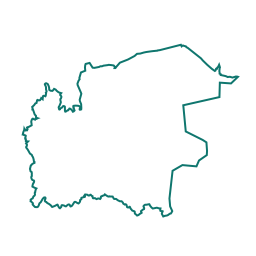 the district of Leilek, Batken, Kyrgyzstan, rotated 6°
{"feature_id": "92254566B28866404519709", "entity_name": "Leilek", "entity_type": "district", "adm_level": 2, "iso_a3": "KGZ", "parent_name": "Kyrgyzstan", "parent_adm1": "Batken", "projection": "robinson", "projection_center": [69.614, 39.878], "detail": "fine", "context": "isolated", "style": "outline", "palette": "teal", "viewbox_px": 256, "rotation_deg": 6, "n_neighbors": 0, "source": "geoboundaries", "source_scale": "gbopen_adm2", "svg_char_len": 5710}
<svg xmlns="http://www.w3.org/2000/svg" viewBox="0 0 256 256"><g transform="rotate(6 128 128)"><path d="M203.6,132.1L185.8,125.4L180.6,99.6L215.7,87.7L214.6,73.3L225.8,72.9L232.0,65.6L231.6,65.5L230.0,65.5L226.6,66.9L224.0,66.4L221.7,66.9L220.6,66.4L219.1,66.1L214.7,65.6L214.7,64.9L213.4,64.4L213.3,63.2L212.9,61.9L212.9,58.8L213.1,58.1L212.0,55.6L211.3,57.7L210.4,58.7L210.4,59.7L209.4,59.9L209.0,61.7L208.4,62.2L205.2,60.4L200.1,56.8L195.3,53.0L193.3,51.1L179.4,42.3L178.5,41.8L177.7,41.6L177.1,40.8L174.7,40.4L174.3,40.2L173.7,40.3L172.8,41.2L171.9,39.7L151.6,47.2L149.3,47.8L149.2,48.0L143.9,49.1L138.3,50.5L135.8,51.3L132.4,52.7L129.2,53.3L127.0,55.7L120.8,59.9L113.1,63.9L110.1,68.2L109.7,68.4L109.7,68.9L109.2,69.7L108.4,69.8L108.6,69.1L108.5,68.8L107.6,67.6L107.2,67.3L105.1,67.2L102.2,67.2L101.5,67.5L97.0,68.6L96.2,69.1L95.4,69.4L94.6,69.4L93.9,69.6L92.9,70.3L88.3,71.7L86.5,71.7L83.0,67.3L79.2,68.7L78.9,70.0L78.9,72.4L79.5,75.5L75.4,77.7L74.4,83.4L74.8,84.5L73.9,86.1L73.1,89.1L73.4,90.5L77.3,97.4L78.0,98.8L77.0,105.0L77.4,106.4L78.9,109.2L79.5,113.0L79.5,114.4L78.6,114.8L78.1,114.8L77.9,114.4L77.9,114.1L78.6,113.0L77.7,111.8L77.1,111.3L76.3,111.1L73.7,111.2L71.7,111.6L71.3,111.9L71.4,112.9L71.7,113.1L72.0,113.7L71.8,114.1L72.2,114.5L73.0,116.2L72.3,117.1L71.5,117.6L71.1,117.2L70.9,116.5L69.4,115.4L68.3,114.8L67.7,114.8L66.7,116.6L66.2,116.6L64.8,117.9L64.1,118.3L63.9,118.3L63.5,117.6L63.0,113.5L62.6,113.1L61.8,112.9L61.1,113.1L60.2,114.6L59.2,115.2L58.4,116.1L58.4,116.5L57.9,116.8L57.6,116.7L56.9,114.9L57.0,114.1L57.4,113.5L58.4,110.1L58.5,109.3L57.9,107.7L57.7,106.3L58.2,105.6L58.5,104.3L58.5,103.9L58.3,103.5L57.8,102.8L57.4,102.6L57.1,102.2L57.1,101.5L57.9,100.3L55.8,99.9L55.0,99.6L53.1,98.4L52.1,97.4L50.4,96.8L49.4,98.5L48.9,99.0L47.1,99.0L45.8,98.4L45.5,97.4L45.4,96.3L44.8,94.7L43.6,92.7L42.2,92.1L41.5,92.2L41.0,92.6L40.7,93.1L40.8,93.5L41.8,95.1L42.2,96.1L42.5,98.4L43.2,99.9L43.1,100.6L42.6,101.4L42.9,101.9L42.8,104.5L42.5,105.1L41.1,104.7L40.5,104.9L40.1,105.3L40.1,108.3L38.6,107.3L38.4,108.0L37.6,109.5L36.4,109.9L35.2,109.5L34.7,109.9L34.4,112.7L33.3,113.2L32.3,115.0L30.5,117.1L31.0,118.1L31.0,119.6L31.6,119.6L33.8,124.3L35.2,125.5L35.3,126.6L36.2,127.5L37.1,127.7L36.7,127.9L36.1,128.5L35.6,128.6L35.3,128.4L35.0,128.4L34.7,129.4L32.9,129.0L32.7,128.7L32.2,128.7L31.8,129.1L31.4,130.1L31.1,131.5L31.2,132.4L31.5,133.2L31.9,135.4L29.0,137.4L28.0,137.7L27.5,138.1L28.2,139.5L28.2,139.9L27.8,140.1L27.8,140.6L27.4,140.5L27.1,140.6L27.0,141.0L26.5,141.2L26.2,141.0L25.7,140.2L25.5,140.3L25.3,140.3L25.0,139.8L25.0,140.6L24.6,142.2L24.3,143.1L24.0,145.5L25.0,145.5L25.3,145.9L26.8,146.1L27.1,146.3L27.1,147.8L26.8,148.3L26.9,149.5L27.1,149.7L27.5,149.7L27.7,150.4L27.7,151.7L27.8,151.8L30.0,151.8L28.9,153.2L28.2,153.9L29.3,155.3L29.2,156.5L28.8,157.1L28.7,157.7L28.9,158.2L30.5,159.9L33.2,163.7L34.2,164.2L34.5,164.5L35.0,164.7L35.4,165.2L35.6,165.8L36.4,166.8L36.8,167.5L37.5,169.3L37.8,170.6L38.0,171.2L38.5,171.4L38.6,171.6L38.5,171.9L38.6,172.5L37.8,172.9L36.6,173.8L35.7,174.8L35.7,175.2L35.2,175.7L34.8,179.0L35.3,180.2L35.4,180.9L35.8,181.4L36.8,181.9L37.1,183.1L37.2,184.6L37.4,185.8L37.0,186.4L37.0,187.6L37.8,189.2L38.4,189.7L39.9,190.1L40.2,190.6L40.2,191.2L40.1,191.9L39.7,192.6L39.7,192.9L39.3,193.6L39.0,195.9L39.1,196.3L41.7,197.3L43.2,197.7L42.8,198.4L42.5,199.9L42.4,201.6L42.1,201.8L42.1,202.7L42.4,203.5L42.4,204.3L42.1,205.0L41.1,206.0L40.6,207.9L39.4,208.7L39.3,208.9L38.7,209.5L38.9,210.0L38.6,210.8L38.0,210.9L39.3,211.2L40.1,211.8L41.3,212.8L41.2,214.1L43.6,216.2L44.2,216.3L45.9,216.2L46.7,215.7L47.3,214.4L47.8,212.2L49.0,210.9L50.6,207.3L51.6,206.0L52.1,205.8L52.8,205.7L53.1,205.9L53.3,206.4L53.3,206.9L52.9,208.2L52.9,209.2L53.6,209.9L54.5,210.1L55.6,211.1L57.0,211.6L58.4,212.4L59.6,213.2L60.5,214.3L61.0,214.4L63.5,213.1L65.5,211.7L65.9,211.6L66.2,211.9L66.7,212.9L67.9,214.5L68.7,214.9L69.8,213.6L69.9,212.4L70.1,211.8L70.8,211.6L72.5,211.8L73.8,212.4L74.5,212.4L75.7,211.1L76.4,210.5L77.2,210.2L77.7,210.3L78.1,210.6L78.7,211.7L79.0,212.0L79.3,212.0L80.5,211.1L82.2,207.7L82.5,207.2L82.9,207.0L83.6,207.0L85.7,208.0L86.7,208.2L87.5,207.2L88.0,206.2L87.9,204.7L88.3,204.3L89.0,203.8L88.9,202.6L89.0,202.3L91.1,201.4L92.1,201.1L92.4,200.8L92.3,200.2L91.6,199.9L92.3,198.6L94.2,198.6L94.8,198.7L95.2,199.1L96.0,199.3L96.7,199.1L97.5,198.3L97.9,198.3L99.3,199.5L99.8,199.5L100.3,201.2L100.6,201.5L101.3,201.5L102.4,201.2L103.9,201.9L104.3,202.0L105.2,201.4L105.9,201.2L106.6,201.2L107.7,201.5L108.2,200.8L108.3,199.1L108.6,198.7L109.5,198.4L109.7,198.1L111.2,197.5L111.9,196.5L112.2,196.8L113.7,197.4L114.7,198.0L115.5,198.2L116.2,198.2L116.5,197.9L117.2,198.0L119.9,197.8L121.3,199.8L121.9,200.0L123.5,199.8L124.3,200.2L125.1,200.8L127.5,201.7L129.3,201.5L130.7,202.7L131.2,203.7L132.0,204.1L132.8,204.5L133.4,204.1L134.0,204.2L134.5,204.6L135.4,206.8L135.8,207.0L136.6,207.0L137.1,206.9L137.7,206.2L138.0,206.2L138.3,206.5L138.8,207.5L139.4,208.3L140.0,208.7L140.4,209.3L140.9,209.7L143.1,210.2L143.5,210.7L143.6,211.8L143.8,212.3L144.3,212.8L145.7,213.6L146.2,214.1L147.5,213.5L148.7,212.2L149.6,211.6L150.4,210.9L149.8,210.0L149.6,209.4L151.3,207.6L152.4,207.0L152.5,206.5L152.4,205.8L151.6,204.4L151.6,204.1L152.2,203.2L153.1,202.5L154.3,202.4L156.6,201.7L157.2,201.6L158.1,203.0L159.7,204.6L161.1,205.5L164.8,204.3L165.4,204.3L167.3,204.7L168.7,204.6L168.6,206.2L168.9,207.0L169.9,207.2L170.9,207.1L171.2,207.2L171.1,207.7L170.7,208.9L170.6,209.8L172.3,212.3L173.0,212.0L173.6,211.6L176.0,210.9L177.0,210.3L178.5,208.9L179.5,208.6L180.1,207.6L180.7,206.0L178.1,201.6L176.6,193.8L176.8,165.9L186.0,159.2L200.1,159.0L202.0,152.9L209.2,146.7L209.0,142.5L207.5,134.1L203.6,132.1Z" fill="none" stroke="#0f766e" stroke-width="2"/></g></svg>